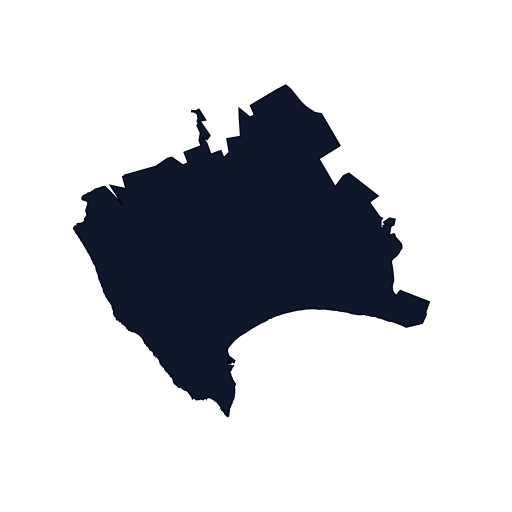 outline of Nelson Mandela Bay, Eastern Cape, South Africa, rotated 42°
{"feature_id": "47623444B28857154592205", "entity_name": "Nelson Mandela Bay", "entity_type": "district", "adm_level": 2, "iso_a3": "ZAF", "parent_name": "South Africa", "parent_adm1": "Eastern Cape", "projection": "orthographic", "projection_center": [25.553, -33.802], "detail": "fine", "context": "isolated", "style": "filled", "palette": "ink", "viewbox_px": 512, "rotation_deg": 42, "n_neighbors": 0, "source": "geoboundaries", "source_scale": "gbopen_adm2", "svg_char_len": 6134}
<svg xmlns="http://www.w3.org/2000/svg" viewBox="0 0 512 512"><g transform="rotate(42 256 256)"><path d="M102.1,357.6L105.2,358.3L105.7,358.8L108.0,359.4L110.5,359.6L111.2,360.2L113.7,360.6L115.7,361.6L116.6,361.5L118.5,362.0L123.1,363.7L126.7,364.5L128.9,365.6L129.6,365.5L134.7,367.3L135.4,367.8L136.7,368.4L137.5,368.5L140.5,370.1L141.5,370.1L143.9,370.9L146.1,372.5L146.5,373.1L150.7,375.0L153.8,377.3L154.7,377.3L154.7,377.8L155.3,377.5L155.5,378.2L156.0,378.2L156.5,378.6L157.1,378.7L157.2,379.2L158.0,379.1L158.5,379.9L159.5,379.8L160.6,380.5L161.2,381.3L163.7,382.0L166.8,384.4L167.9,384.8L168.7,384.7L169.2,385.2L170.4,385.6L172.0,386.6L173.0,386.5L176.9,387.7L181.9,388.8L183.1,390.0L183.8,390.2L184.9,391.1L185.8,391.2L186.8,392.0L187.4,392.1L188.4,393.8L191.1,395.2L192.6,395.0L194.5,395.9L194.9,396.5L196.1,396.0L196.7,395.3L197.3,395.3L198.5,395.9L199.0,395.4L200.3,395.0L202.0,395.7L203.5,395.5L203.7,395.2L207.0,395.2L207.7,395.4L208.4,396.0L209.8,395.9L211.0,396.2L212.6,395.2L213.8,395.3L214.1,395.0L214.8,395.0L215.4,394.2L217.0,393.5L221.8,392.6L223.9,392.8L224.9,392.6L228.4,393.4L232.0,395.2L233.4,395.0L235.1,395.6L236.3,395.3L238.7,395.9L239.8,396.5L243.2,395.8L245.3,396.8L245.7,397.4L246.2,397.1L246.9,397.9L247.5,397.4L248.4,397.4L249.1,396.9L249.4,396.9L249.5,397.2L249.6,396.9L250.6,396.8L251.6,397.4L254.2,398.0L254.5,398.4L256.0,399.2L256.6,399.8L257.5,399.8L259.2,400.5L260.4,400.0L261.3,400.5L261.8,400.0L262.4,400.1L263.3,400.4L264.0,401.1L264.8,401.2L265.5,401.5L266.2,401.3L267.0,401.8L267.5,401.4L269.5,401.6L270.0,401.9L270.3,401.5L270.5,401.7L270.8,401.5L272.5,402.2L272.5,402.5L272.8,402.6L273.4,402.5L273.8,402.1L275.0,402.5L275.7,402.3L275.9,402.7L276.6,402.8L277.2,403.4L278.1,403.7L278.8,404.6L281.1,405.4L281.7,405.0L282.9,405.0L283.3,405.2L284.1,405.0L285.2,405.3L285.6,405.1L286.2,405.3L287.0,404.7L287.0,404.4L286.7,404.2L286.9,403.8L287.4,403.9L288.1,403.5L288.8,403.5L290.1,403.9L290.5,403.5L293.3,403.1L293.9,402.4L294.8,402.0L295.3,402.4L296.7,402.1L297.5,402.6L298.3,402.6L298.6,402.4L299.2,402.9L301.0,402.9L301.4,403.4L302.7,403.5L303.4,403.9L304.0,404.6L304.5,404.6L304.4,403.7L305.0,402.8L305.9,402.5L307.6,402.9L308.1,402.5L308.5,401.7L309.0,401.5L309.2,400.8L310.1,400.3L309.8,399.4L309.9,398.9L310.2,399.1L312.3,398.5L312.6,398.0L312.9,397.9L312.9,396.4L313.2,395.8L313.5,395.7L313.4,395.5L313.5,395.1L314.0,394.9L314.5,395.2L314.3,394.7L314.7,394.5L314.8,393.4L315.1,393.1L316.9,391.8L318.5,391.4L318.9,391.5L320.3,390.9L322.4,391.1L323.0,390.9L323.0,390.6L325.1,390.5L328.7,391.3L329.5,391.0L329.7,391.4L330.6,391.8L332.1,391.7L332.1,392.2L332.4,391.7L333.6,391.9L334.0,392.3L333.8,392.7L334.0,393.0L333.6,393.1L333.8,393.5L334.4,393.0L337.9,393.6L338.4,393.8L338.6,394.2L340.1,394.2L340.5,393.9L341.3,394.3L342.3,394.2L342.4,393.8L341.7,393.1L342.0,393.0L342.5,393.4L342.5,393.0L342.1,392.8L341.2,391.1L340.5,390.9L340.0,389.5L338.2,387.0L338.0,385.9L337.0,383.8L336.5,381.3L335.8,380.6L335.0,377.7L333.9,375.2L333.1,374.5L331.3,371.6L329.0,369.1L328.5,368.9L327.6,367.9L326.5,365.8L326.4,365.1L326.1,364.8L325.3,365.0L323.1,364.1L321.1,363.7L319.7,362.7L317.7,362.1L316.8,361.2L314.2,360.1L313.7,358.4L313.5,356.8L312.6,354.4L312.5,353.7L312.8,353.1L312.7,352.9L311.5,353.9L311.1,353.8L310.1,354.5L309.6,354.8L309.6,355.3L308.3,355.9L306.7,354.5L307.6,353.9L307.2,353.8L306.1,354.2L306.2,353.9L305.7,353.8L305.2,353.2L308.9,352.7L308.9,351.9L306.0,352.2L304.0,351.2L305.1,350.8L310.9,350.1L310.2,348.0L302.7,348.6L298.4,346.1L296.8,343.9L296.4,341.3L296.2,333.4L297.2,326.2L299.4,319.4L301.5,310.9L302.0,310.0L303.2,306.0L303.9,304.3L304.0,303.4L307.0,296.6L307.2,294.5L306.0,293.4L307.8,293.2L308.9,291.8L309.2,289.9L310.4,288.0L311.3,285.9L312.8,284.0L313.7,281.9L316.6,277.4L323.2,268.0L324.3,267.0L328.4,261.9L333.5,256.9L336.4,254.5L338.1,253.5L342.5,249.2L343.8,248.6L344.4,247.9L347.7,245.6L348.4,245.4L349.2,244.5L350.9,243.6L351.2,242.9L353.5,241.5L354.5,241.2L357.6,238.9L359.1,238.1L360.1,237.2L364.2,235.1L365.1,235.0L365.7,234.3L366.1,234.3L366.9,233.9L368.5,232.6L369.5,232.2L370.0,231.6L371.6,230.8L372.5,229.6L373.0,229.5L373.9,228.6L374.1,228.0L376.1,226.5L377.5,226.1L378.6,224.9L381.6,223.6L382.6,223.0L383.5,222.0L385.2,220.9L387.8,220.1L391.1,218.2L396.8,216.1L398.7,215.1L400.1,213.9L401.9,213.1L409.5,210.0L414.1,208.5L415.0,208.5L424.6,194.7L421.5,185.4L419.6,184.2L415.5,174.2L386.4,185.1L386.8,191.6L383.5,191.4L380.6,190.3L378.5,188.7L376.1,185.6L374.8,182.3L366.6,174.7L363.1,171.9L361.3,170.7L359.9,168.9L359.6,168.2L359.4,166.2L360.2,162.1L360.2,159.5L359.9,157.2L359.2,155.4L359.1,152.8L358.3,151.7L356.2,150.0L353.6,149.4L347.2,148.8L345.9,148.2L344.5,147.1L343.9,147.2L343.0,148.2L341.5,151.5L340.3,150.2L336.4,143.9L336.4,142.9L337.4,141.3L337.5,140.5L334.7,135.7L330.0,138.4L328.3,145.5L331.8,145.9L330.2,148.3L332.4,149.9L331.4,151.0L331.1,150.8L330.3,151.8L325.4,146.7L325.0,145.9L324.7,143.4L322.6,144.1L320.5,143.9L304.2,140.1L306.5,129.7L269.7,132.4L267.4,137.8L268.6,151.6L237.6,141.7L244.5,117.8L209.5,106.6L203.8,110.1L192.8,111.8L186.5,111.5L169.7,108.8L163.7,109.1L160.2,118.8L151.2,147.8L160.4,152.1L158.8,156.9L144.7,157.6L151.0,164.2L164.6,177.4L156.0,188.3L166.8,196.7L166.4,202.9L165.9,204.5L159.4,201.2L154.4,210.8L144.4,205.3L136.8,203.5L141.6,202.3L141.2,197.3L124.0,193.2L127.6,188.6L115.3,185.2L114.4,188.2L111.0,190.9L111.7,191.7L113.3,190.4L117.4,189.6L121.1,192.6L122.4,195.5L123.9,194.6L124.9,198.4L132.3,201.6L136.6,208.3L141.6,210.7L133.3,227.0L143.4,232.2L140.7,237.5L127.5,239.0L125.0,242.6L121.7,256.3L104.1,284.2L104.9,284.8L105.0,285.2L104.0,286.3L114.5,293.0L100.5,301.0L123.0,307.2L97.4,305.4L95.7,307.1L95.3,307.9L95.2,308.5L94.2,310.2L94.1,311.1L92.9,312.1L92.4,313.5L91.8,314.0L91.4,316.9L90.6,318.2L90.9,319.6L89.2,321.5L88.8,323.9L87.7,325.9L87.4,326.7L87.4,328.3L88.2,329.6L89.1,330.3L94.1,328.0L94.4,328.6L95.2,328.5L95.6,328.2L99.1,335.9L103.4,338.8L103.8,343.1L104.7,343.3L105.4,345.9L105.1,346.2L105.1,347.4L103.3,350.0L102.4,350.5L101.7,351.9L101.9,352.2L103.1,352.5L103.5,353.0L101.6,354.6L101.5,356.2L101.9,356.9L102.1,357.6Z" fill="#0f172a" stroke="#020617" stroke-width="1.5"/></g></svg>